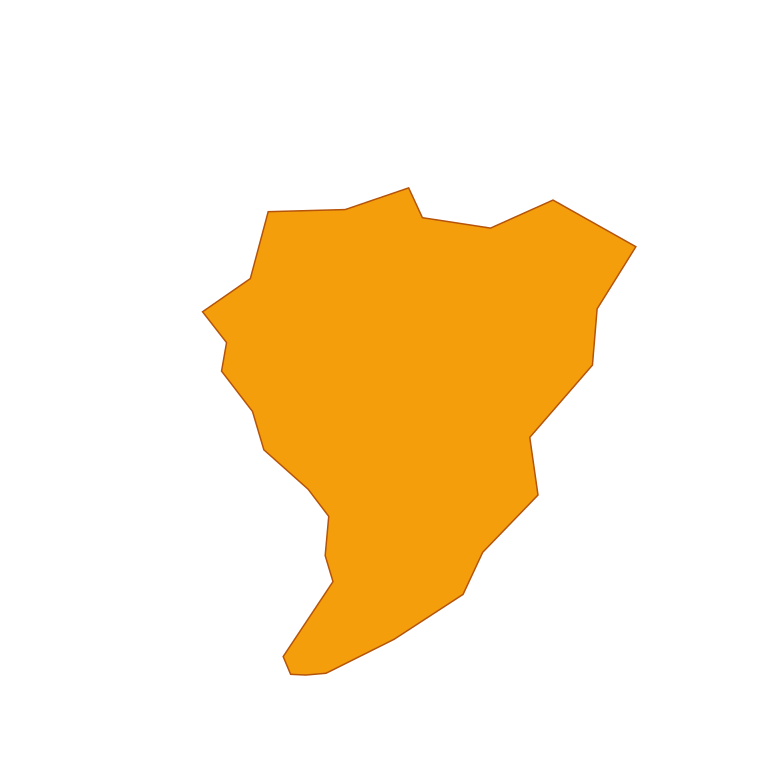 outline of Alsungas, rotated 314°
{"feature_id": "LVA-5710", "entity_name": "Alsungas", "entity_type": "Municipality", "adm_level": 1, "iso_a3": "LVA", "parent_name": "Latvia", "parent_adm1": "", "projection": "robinson", "projection_center": [21.529, 56.995], "detail": "fine", "context": "isolated", "style": "filled", "palette": "amber", "viewbox_px": 768, "rotation_deg": 314, "n_neighbors": 0, "source": "natural_earth", "source_scale": "10m", "svg_char_len": 519}
<svg xmlns="http://www.w3.org/2000/svg" viewBox="0 0 768 768"><g transform="rotate(314 384 384)"><path d="M287.6,587.0L207.4,568.6L135.6,543.2L120.3,529.9L110.3,518.5L117.9,500.8L206.4,484.6L219.7,460.9L250.4,436.2L255.6,402.5L253.2,343.3L272.9,308.5L280.4,258.2L304.4,242.0L309.9,203.3L367.0,214.6L427.5,181.0L482.5,234.9L542.2,265.5L530.3,296.1L570.1,352.3L633.7,377.8L657.7,469.8L586.1,485.1L542.4,520.8L446.9,525.9L411.1,571.9L331.5,571.9L287.6,587.0Z" fill="#f59e0b" stroke="#b45309" stroke-width="1.5"/></g></svg>